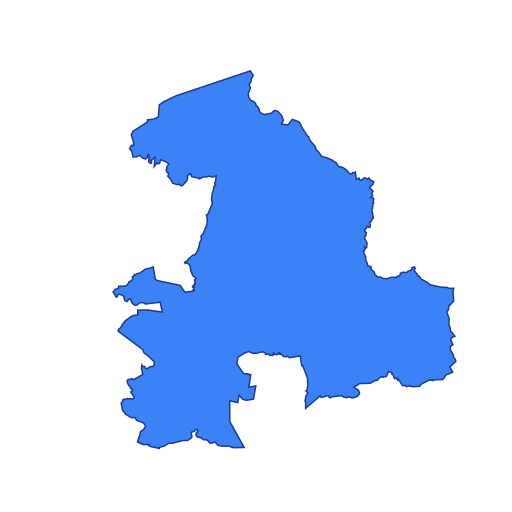 Genaro Codina, Zacatecas, Mexico (Robinson projection), rotated 161°
{"feature_id": "50627088B62788345344248", "entity_name": "Genaro Codina", "entity_type": "district", "adm_level": 2, "iso_a3": "MEX", "parent_name": "Mexico", "parent_adm1": "Zacatecas", "projection": "robinson", "projection_center": [-102.559, 22.457], "detail": "fine", "context": "isolated", "style": "filled", "palette": "blue", "viewbox_px": 512, "rotation_deg": 161, "n_neighbors": 0, "source": "geoboundaries", "source_scale": "gbopen_adm2", "svg_char_len": 6098}
<svg xmlns="http://www.w3.org/2000/svg" viewBox="0 0 512 512"><g transform="rotate(161 256 256)"><path d="M337.7,401.3L340.5,398.6L339.4,395.1L339.9,389.6L336.5,388.6L333.3,389.1L331.2,385.4L328.9,383.7L327.4,384.1L324.8,386.7L324.7,384.8L326.8,380.0L326.5,378.8L324.9,377.8L324.1,378.5L324.2,380.7L322.4,380.8L319.6,382.4L319.2,381.8L323.2,373.8L319.4,376.2L319.1,375.4L317.2,374.9L314.8,378.1L310.4,374.4L308.7,371.6L309.0,370.8L310.9,369.9L313.1,366.0L312.9,364.0L311.5,362.6L313.4,360.2L311.4,355.0L311.1,351.9L307.1,349.1L304.9,348.7L304.5,347.2L302.8,346.4L296.9,349.7L295.2,352.0L294.7,354.2L291.5,355.3L290.9,354.9L291.2,353.1L290.8,351.8L285.5,348.7L284.7,347.5L283.9,348.1L282.9,347.2L280.6,348.1L276.5,346.7L275.1,347.1L271.1,344.7L267.6,344.7L270.0,339.4L271.0,338.9L271.5,337.3L271.1,336.0L273.5,335.2L274.5,332.5L277.1,329.3L279.6,324.0L280.3,319.7L288.0,311.1L289.4,311.1L290.1,306.6L291.9,302.2L298.2,294.8L301.5,292.7L302.2,289.5L305.3,286.6L305.6,285.2L309.3,280.3L313.0,277.2L315.9,277.2L321.3,275.0L321.6,274.1L325.6,273.3L325.4,272.0L323.6,272.0L322.4,270.5L321.6,267.8L322.5,262.8L322.1,257.9L319.8,254.4L322.1,253.2L321.6,251.7L322.6,251.0L322.7,249.5L323.9,249.2L323.7,248.1L325.9,248.0L326.1,247.4L324.8,246.2L325.3,245.0L326.4,244.8L325.6,243.7L325.8,243.1L335.1,244.9L337.2,252.9L357.1,264.8L358.8,266.7L356.7,279.2L360.9,279.0L364.3,279.7L371.8,277.6L373.9,278.1L376.4,277.4L377.0,278.1L377.8,276.8L379.8,276.5L379.9,274.6L381.3,273.5L382.9,272.8L383.8,273.2L387.5,270.4L389.9,270.2L395.6,272.2L396.2,271.0L398.1,269.9L399.5,270.5L402.9,268.4L401.5,262.6L400.6,262.7L399.0,264.6L397.0,264.0L394.6,261.7L394.2,260.8L394.6,256.9L393.9,255.8L392.8,254.9L390.1,256.6L388.8,256.4L388.4,251.7L386.7,249.0L384.5,248.3L380.8,249.8L376.6,247.8L376.2,246.6L361.6,243.5L362.9,233.5L376.4,240.4L385.5,243.3L386.9,238.7L392.0,239.8L400.2,237.5L404.5,234.9L407.3,232.2L409.3,231.7L410.9,229.9L393.8,204.8L393.4,201.0L390.4,196.4L386.5,188.6L388.8,185.0L392.0,185.8L395.7,184.9L397.0,185.6L397.3,187.9L399.1,188.4L399.3,190.0L400.8,187.4L401.6,180.9L412.1,178.9L412.9,180.3L417.5,180.8L418.7,179.2L418.7,176.5L418.3,174.6L417.5,173.6L417.7,171.7L416.3,170.3L416.9,168.8L418.7,168.2L417.2,162.5L417.9,161.2L419.0,160.8L421.7,162.4L422.7,162.1L424.0,163.1L426.9,163.1L427.8,163.7L429.0,163.1L429.0,161.9L431.3,160.9L432.4,153.5L430.9,149.2L426.6,143.7L423.0,142.6L422.5,139.5L417.8,135.8L416.5,134.0L415.7,131.3L418.6,128.6L422.4,127.5L424.8,123.2L425.5,123.1L428.6,118.7L423.9,114.3L418.6,112.7L419.4,112.1L417.6,110.1L410.2,105.6L410.2,106.5L404.2,106.2L399.6,107.4L396.4,106.2L385.6,105.4L380.7,103.8L375.9,105.2L375.2,106.8L375.1,109.3L374.1,110.5L371.6,110.4L369.1,111.4L368.0,111.0L368.1,109.3L370.1,108.1L371.0,106.6L370.7,104.2L366.9,101.9L365.6,99.5L362.3,98.1L360.5,94.3L358.8,93.4L355.9,93.6L355.1,93.1L353.7,89.5L350.5,87.4L343.7,85.1L339.8,82.1L329.5,78.8L334.7,108.0L328.0,127.7L321.0,123.3L317.3,129.9L315.2,124.9L313.3,123.5L311.9,122.6L305.0,121.5L298.5,133.2L305.5,134.3L299.6,145.4L302.1,146.7L301.9,147.2L305.4,148.4L306.7,150.7L309.2,160.3L306.1,166.1L298.6,167.9L294.0,168.1L290.9,165.2L287.0,163.8L282.9,163.7L279.7,162.5L278.8,161.3L279.1,160.0L276.1,159.0L275.2,157.5L272.3,156.5L270.5,159.2L271.3,157.4L268.3,155.9L267.8,156.5L266.1,155.7L265.9,157.1L264.7,156.1L264.9,155.0L263.5,154.4L262.8,152.1L260.4,150.9L258.9,151.1L257.6,149.0L246.7,147.1L248.5,137.2L247.7,137.0L247.4,134.4L247.1,123.6L249.3,116.6L252.1,111.5L252.5,111.7L251.5,109.7L254.5,107.1L256.9,102.8L256.8,101.0L258.7,95.8L241.0,102.8L240.6,101.4L239.5,100.9L233.3,100.6L233.0,99.1L231.8,97.6L229.9,98.1L223.6,96.8L220.1,95.7L218.9,93.9L216.3,92.4L214.4,92.8L210.9,90.3L206.3,90.2L202.8,92.2L202.8,95.9L206.0,99.7L205.4,100.9L203.8,100.5L199.7,101.7L189.6,98.5L184.0,99.5L182.1,98.9L177.3,101.4L175.4,100.0L171.8,99.7L168.4,103.6L165.4,101.5L166.0,100.1L165.2,99.7L165.0,95.0L163.0,94.7L162.7,93.6L162.0,93.7L162.3,92.2L161.2,92.0L159.5,85.5L158.1,85.5L156.0,83.5L153.3,83.3L150.4,81.4L143.8,79.5L141.1,81.1L132.3,82.3L129.1,80.6L129.1,81.3L120.0,78.5L117.4,79.6L115.5,81.6L107.9,82.1L108.9,88.0L101.3,91.3L101.3,93.9L102.3,96.2L101.6,97.7L102.7,104.1L101.9,107.0L98.7,108.0L99.2,113.6L97.4,115.2L94.0,115.4L96.5,122.1L95.8,125.0L95.8,128.9L93.7,134.1L93.9,140.9L91.6,142.5L89.5,146.5L88.3,146.5L83.8,149.0L81.5,157.8L79.6,161.1L84.4,162.7L85.2,163.9L91.0,166.2L101.0,172.3L102.4,175.1L107.2,180.2L108.5,184.2L109.6,184.6L109.5,186.5L110.9,189.7L110.5,192.1L109.5,192.4L109.7,194.1L112.4,194.2L112.8,192.7L115.5,191.9L117.3,192.2L118.4,191.2L122.3,192.8L125.1,192.7L125.0,192.1L127.0,190.4L128.3,190.9L130.3,190.1L135.3,191.9L138.9,191.7L142.6,193.1L145.3,195.7L148.1,196.7L148.9,198.8L149.6,199.1L149.4,202.0L151.3,206.0L150.8,208.4L153.6,210.6L153.2,212.4L153.5,216.8L152.6,219.4L153.1,225.1L151.3,226.0L150.4,229.3L149.8,227.7L148.6,228.0L146.8,232.2L147.5,237.3L147.1,238.7L145.9,239.0L144.0,242.3L145.1,243.8L144.4,246.1L143.0,245.9L141.3,247.8L139.8,246.1L138.7,246.3L137.8,247.9L137.5,250.8L135.6,251.3L134.0,253.4L132.7,253.7L131.4,262.3L130.2,263.2L128.5,267.1L127.4,268.0L127.8,269.0L126.1,271.2L126.2,272.6L128.4,273.8L126.1,275.0L126.0,277.6L124.2,279.2L126.5,283.6L121.9,285.9L120.5,288.0L123.3,290.8L123.9,293.1L125.8,292.6L127.8,294.7L132.4,293.3L133.2,294.0L133.2,296.1L136.2,295.8L134.8,303.1L136.3,302.6L137.5,303.4L138.7,302.5L140.6,303.2L142.6,308.1L145.3,311.7L148.6,313.5L150.0,318.4L151.9,319.9L152.2,321.3L156.6,325.5L161.5,328.7L162.8,333.5L164.5,337.0L164.4,340.5L166.8,346.3L167.6,349.9L167.3,351.4L168.4,353.0L170.8,362.9L171.2,367.8L172.2,369.3L177.1,373.4L183.1,369.5L189.0,372.5L185.9,375.4L186.0,380.4L188.3,385.7L190.4,387.3L191.9,387.5L194.7,386.0L202.3,387.1L205.1,389.9L205.8,392.5L205.3,393.0L205.7,396.5L207.0,398.5L206.7,400.5L208.4,403.5L210.1,404.2L211.2,408.6L210.5,412.1L206.7,416.6L206.8,420.4L204.1,422.3L202.3,425.5L199.8,427.6L201.1,432.9L279.4,433.5L292.7,432.0L298.2,430.4L303.1,419.3L308.2,418.7L314.3,420.1L314.9,418.1L331.7,414.0L334.5,411.0L334.6,404.4L335.5,400.1L337.7,401.3Z" fill="#3b82f6" stroke="#1e3a8a" stroke-width="1.5"/></g></svg>